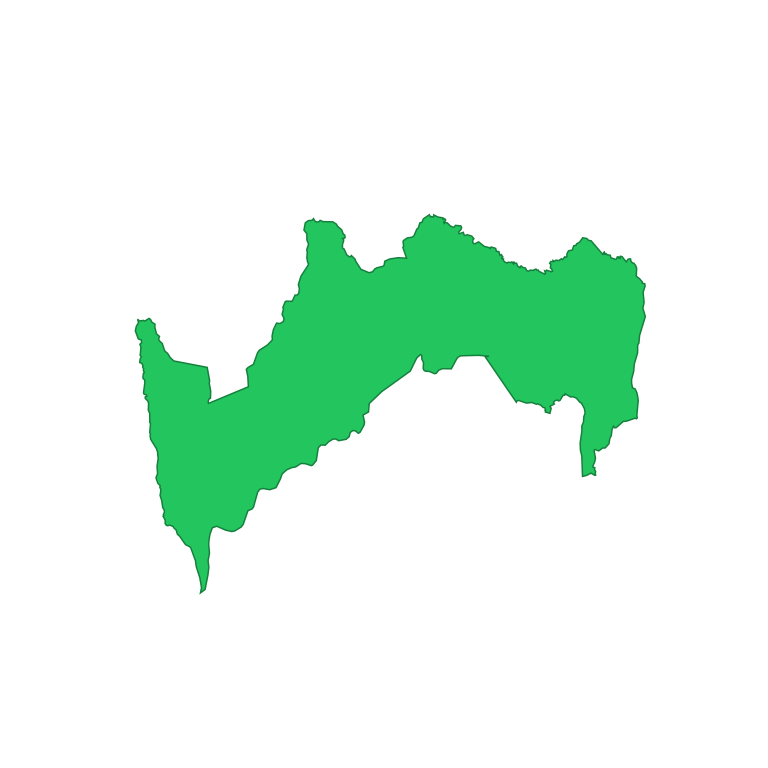 Diamantino, Mato Grosso, Brazil (Natural Earth projection), rotated 323°
{"feature_id": "56859067B68124808583770", "entity_name": "Diamantino", "entity_type": "district", "adm_level": 2, "iso_a3": "BRA", "parent_name": "Brazil", "parent_adm1": "Mato Grosso", "projection": "natural_earth1", "projection_center": [-56.801, -14.136], "detail": "fine", "context": "isolated", "style": "filled", "palette": "green", "viewbox_px": 768, "rotation_deg": 323, "n_neighbors": 0, "source": "geoboundaries", "source_scale": "gbopen_adm2", "svg_char_len": 6171}
<svg xmlns="http://www.w3.org/2000/svg" viewBox="0 0 768 768"><g transform="rotate(323 384 384)"><path d="M501.7,575.1L505.3,573.1L508.2,570.6L511.9,563.3L513.0,563.2L515.3,566.7L520.0,566.7L522.2,568.2L527.7,567.1L531.7,563.3L534.5,562.0L538.8,557.5L541.8,555.9L541.9,557.9L543.4,558.6L552.5,557.9L555.5,559.7L563.9,562.4L564.7,563.7L565.8,563.5L567.5,560.7L577.0,550.3L578.8,547.2L580.5,543.7L581.6,539.2L580.2,536.6L582.2,532.4L584.5,529.3L591.2,524.0L595.9,518.7L605.3,511.7L610.1,505.5L612.2,504.7L617.5,498.9L633.3,487.4L636.4,479.2L640.8,475.4L646.1,466.7L651.5,462.9L652.6,460.8L650.9,459.0L651.7,458.1L651.5,453.9L650.3,449.8L655.5,443.5L656.3,440.6L656.2,437.7L655.3,437.0L655.1,434.7L656.2,432.4L654.1,431.2L650.9,432.2L650.8,425.6L649.6,424.2L648.5,424.6L648.1,425.7L647.3,424.7L647.7,423.6L646.8,422.9L644.9,424.0L643.9,423.8L641.1,419.6L642.2,417.4L640.0,415.1L639.9,413.7L638.8,413.6L639.4,411.1L638.4,411.2L637.6,412.6L636.7,412.3L635.6,394.2L633.9,392.5L633.5,389.8L630.7,386.8L625.6,388.4L622.1,388.0L621.1,388.8L618.7,387.8L614.9,390.4L611.8,388.7L610.5,389.1L608.2,390.3L606.6,392.5L605.4,392.3L605.0,391.2L601.5,392.1L601.0,390.7L598.0,390.7L595.9,388.6L593.9,388.6L593.3,387.0L592.5,387.9L590.9,386.6L588.9,387.3L589.2,388.9L586.7,391.4L587.1,392.8L586.5,395.4L585.4,395.2L582.2,390.8L580.8,391.5L580.4,390.5L579.4,393.1L578.5,393.0L575.6,387.4L575.7,385.7L574.5,385.0L574.6,383.8L572.6,383.0L571.7,383.3L569.5,381.1L567.2,380.9L566.2,379.3L566.8,376.5L565.0,374.5L564.7,372.4L563.8,372.0L562.6,372.9L562.1,371.8L561.7,370.1L562.6,367.3L561.2,366.4L561.3,365.0L560.6,364.5L559.7,365.8L559.4,363.4L557.9,363.0L556.6,361.5L555.1,361.4L553.9,359.4L553.7,357.0L554.7,356.0L553.5,354.9L554.0,354.0L555.4,354.0L555.5,351.2L554.0,351.1L555.4,347.4L553.6,345.6L554.8,342.9L552.3,339.4L551.4,339.0L550.3,339.8L550.0,338.3L546.9,334.4L545.1,327.4L541.2,326.8L540.1,325.9L540.0,324.4L541.7,322.4L543.2,322.1L543.1,318.7L540.3,314.9L538.3,314.3L537.7,313.1L538.6,310.6L534.4,309.2L535.1,307.5L538.2,307.1L540.3,305.6L540.5,303.9L536.5,300.3L534.4,300.9L533.4,300.2L532.1,297.6L531.5,293.4L530.0,291.7L528.7,291.9L529.3,290.5L531.5,290.5L532.1,289.6L531.7,288.4L530.4,287.9L531.1,286.9L527.5,283.0L525.5,278.9L524.7,280.1L523.5,280.1L523.0,279.1L521.7,278.6L522.1,276.1L514.8,275.8L511.6,277.7L509.6,276.9L505.3,280.0L503.3,280.1L497.1,283.7L494.8,283.7L490.7,281.4L485.9,281.1L484.8,281.9L482.4,286.0L481.3,286.2L477.7,297.1L471.2,291.6L463.8,287.6L458.6,286.4L455.4,289.3L453.8,289.3L448.0,286.8L445.8,286.6L442.4,287.5L439.0,286.1L434.6,278.5L435.3,269.0L436.0,266.6L435.2,261.7L434.1,262.3L433.1,261.8L431.9,258.7L433.4,252.1L432.7,250.9L433.1,249.8L435.1,247.3L437.7,245.6L438.6,244.4L438.5,242.9L440.5,243.8L441.3,243.4L442.3,241.3L441.7,239.9L443.0,235.3L441.8,230.0L442.2,227.7L440.7,223.7L432.9,217.5L431.5,214.9L429.4,215.2L427.4,213.7L426.9,212.3L427.2,209.5L425.2,210.0L421.8,208.0L418.2,207.9L412.7,212.9L412.8,217.6L409.1,222.6L407.9,226.9L403.2,230.2L401.9,232.7L398.3,236.8L396.2,241.0L396.2,242.4L395.1,243.4L383.1,247.7L380.9,249.1L375.4,253.1L373.9,256.8L370.8,260.0L368.3,260.8L366.5,259.5L360.4,262.7L355.8,259.0L354.7,258.8L349.3,262.0L348.8,263.6L344.4,267.2L343.9,270.4L343.1,272.1L341.2,273.5L337.4,273.2L334.8,270.7L328.3,274.1L323.5,278.3L321.4,281.6L314.2,282.7L304.8,282.0L301.9,282.9L291.6,289.7L285.5,289.0L282.9,289.4L279.8,296.0L274.0,304.6L232.2,293.9L232.9,292.4L235.0,290.7L236.8,291.0L241.3,285.4L244.9,278.2L246.7,276.5L252.8,264.3L230.0,239.1L229.2,234.5L229.6,229.4L228.8,225.5L231.3,218.2L230.6,214.2L231.1,212.5L233.3,210.9L232.5,207.0L235.1,200.9L237.1,198.3L235.8,194.9L236.4,191.9L235.8,190.2L230.9,189.8L230.0,188.3L227.8,187.3L226.3,185.6L226.3,183.9L224.8,187.3L220.9,188.9L217.4,191.9L214.9,200.1L216.7,202.9L214.9,205.4L213.0,205.3L212.0,208.4L206.4,214.5L206.7,216.2L204.4,217.2L201.8,219.8L203.0,221.8L202.6,223.8L201.3,225.7L201.3,227.0L200.0,228.3L199.5,230.7L198.4,230.6L195.7,233.3L194.9,234.7L195.3,236.6L194.0,238.8L186.9,246.0L186.2,247.3L187.7,250.0L187.1,251.1L185.5,250.6L184.7,251.8L185.1,255.7L184.3,257.8L180.0,263.1L179.2,266.5L173.8,273.8L173.7,275.1L167.6,281.9L167.3,283.5L166.1,284.5L164.4,287.6L163.3,299.0L162.3,301.8L158.8,307.6L153.4,312.9L149.2,319.3L145.4,321.7L143.6,327.4L144.1,330.3L142.8,331.6L142.1,334.3L138.1,338.3L136.3,343.3L132.9,349.6L132.6,352.6L131.3,354.3L129.3,355.4L129.0,356.6L128.0,356.6L127.3,361.1L125.2,363.8L125.1,365.3L125.6,366.7L128.0,367.9L129.8,370.7L129.6,373.4L130.2,375.1L128.6,379.7L129.2,382.8L128.8,392.7L131.1,397.5L131.0,398.8L127.1,411.6L124.2,416.8L120.3,427.9L115.7,436.8L111.7,440.4L117.5,440.4L128.3,430.7L133.8,425.0L137.3,419.1L142.8,414.1L147.5,406.5L150.8,402.8L154.8,399.1L160.4,395.5L164.9,397.0L169.5,405.3L173.6,410.2L176.3,411.5L183.8,412.3L187.2,411.3L199.1,403.3L203.4,404.4L205.8,403.7L217.9,394.4L221.7,393.3L224.6,394.8L229.2,399.7L235.4,401.8L244.1,397.5L248.5,394.5L254.8,394.0L260.1,395.3L263.6,397.1L269.9,397.5L273.3,400.4L276.7,405.3L278.1,405.8L283.9,404.4L293.2,395.3L297.0,394.8L300.3,397.5L305.1,396.8L310.0,397.3L312.4,398.9L313.7,402.0L320.5,405.4L324.5,405.1L327.8,402.4L331.1,402.4L332.9,404.2L333.9,408.0L336.0,408.1L343.3,404.8L345.5,402.8L348.6,396.2L354.8,397.0L360.5,390.7L377.7,388.7L412.8,389.5L426.0,382.8L430.9,382.5L431.3,383.8L429.2,386.9L428.4,390.7L424.7,395.1L424.2,397.1L424.8,398.7L427.8,401.3L430.6,406.2L432.1,406.9L436.1,405.9L440.0,407.0L446.9,412.4L457.2,407.7L459.1,407.1L462.3,407.7L476.9,418.1L484.6,425.0L481.2,423.4L478.7,478.2L480.0,477.5L481.7,478.2L486.3,485.0L491.0,487.8L493.5,491.9L494.7,492.2L496.6,495.7L496.9,498.4L498.1,499.8L497.7,501.2L496.8,501.8L497.0,502.8L496.0,503.4L498.8,507.3L502.9,504.0L503.1,501.7L508.0,502.5L508.0,500.9L510.2,500.2L512.7,501.0L513.3,502.7L514.7,503.0L520.3,500.8L521.5,501.7L522.7,500.8L525.3,506.8L527.3,507.9L529.1,511.1L529.5,516.9L530.2,517.7L529.3,524.0L527.2,528.2L524.0,530.3L520.3,534.5L516.7,536.6L513.7,540.7L505.1,549.2L500.9,555.3L498.6,560.6L486.9,577.3L490.7,578.9L495.7,579.8L497.4,583.9L498.3,584.1L498.7,582.7L500.2,581.5L500.8,578.8L502.0,577.7L500.9,576.3L501.7,575.1Z" fill="#22c55e" stroke="#15803d" stroke-width="1.5"/></g></svg>